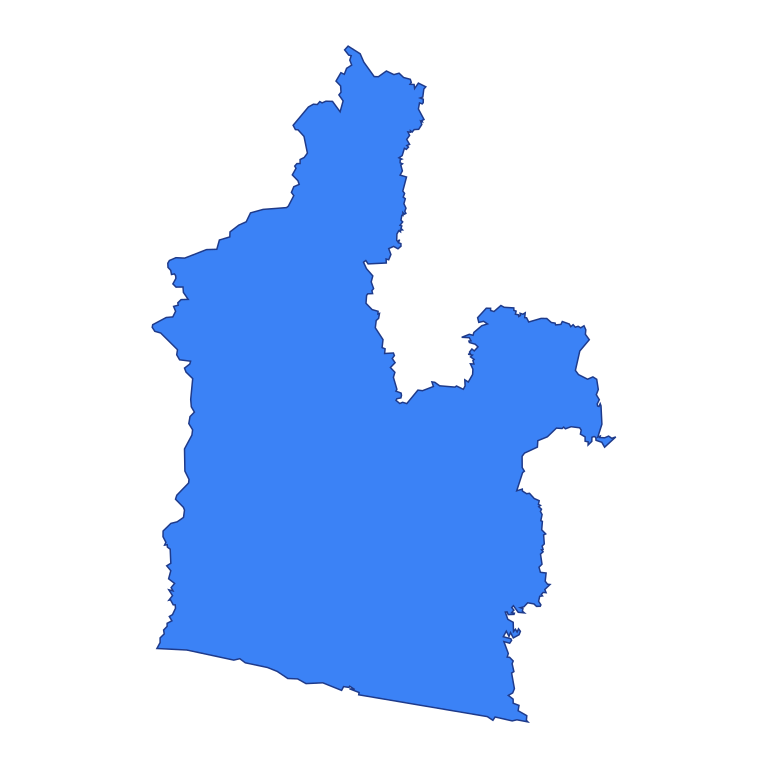 Tasikmalaya, Jawa Barat, Indonesia (Albers equal-area conic projection)
{"feature_id": "22746128B89217704079934", "entity_name": "Tasikmalaya", "entity_type": "district", "adm_level": 2, "iso_a3": "IDN", "parent_name": "Indonesia", "parent_adm1": "Jawa Barat", "projection": "albers", "projection_center": [108.182, -7.428], "detail": "fine", "context": "isolated", "style": "filled", "palette": "blue", "viewbox_px": 768, "rotation_deg": 0, "n_neighbors": 0, "source": "geoboundaries", "source_scale": "gbopen_adm2", "svg_char_len": 6100}
<svg xmlns="http://www.w3.org/2000/svg" viewBox="0 0 768 768"><path d="M504.2,307.3L500.9,305.5L494.0,311.5L490.6,310.5L490.6,308.3L486.3,308.2L477.6,317.7L478.8,322.4L483.6,321.3L487.5,323.9L481.8,325.7L473.9,332.4L473.0,335.3L469.3,334.3L461.7,337.3L469.3,337.7L471.0,340.8L468.9,341.1L469.4,342.5L475.2,344.2L478.0,346.9L474.2,350.9L471.9,349.0L469.5,352.1L470.3,353.6L468.1,354.2L472.4,355.1L470.5,356.9L474.1,359.4L472.9,360.5L473.9,364.0L470.4,363.8L472.9,369.2L472.6,374.5L468.3,382.0L464.8,379.8L465.1,385.9L463.3,389.3L456.5,386.0L454.9,387.1L439.6,385.8L434.8,382.3L431.9,381.9L433.4,386.5L422.5,390.7L417.9,390.1L406.8,403.6L402.6,402.3L399.8,403.5L396.0,400.4L396.9,398.7L400.9,397.9L401.5,395.4L401.1,393.1L395.9,391.1L396.9,389.3L393.4,377.3L394.9,372.3L390.4,367.5L395.1,362.7L392.2,358.5L394.4,355.6L393.4,353.0L384.6,353.5L385.1,348.8L382.1,347.6L383.0,339.6L375.3,327.8L376.2,320.5L378.6,318.4L379.5,313.4L377.9,314.0L378.1,311.3L372.1,309.6L366.0,303.3L366.6,295.4L367.8,293.8L372.6,293.6L371.9,290.6L373.6,288.6L371.2,281.9L372.8,275.9L366.5,268.7L363.5,262.2L365.8,260.5L368.1,263.9L386.3,263.0L386.1,259.0L388.7,259.8L390.9,254.5L388.7,248.6L393.6,246.4L398.0,248.8L401.0,246.2L400.9,243.6L398.4,242.7L399.6,239.7L397.7,241.5L396.7,240.3L396.9,234.0L398.8,230.7L400.5,231.8L400.3,230.1L402.5,229.9L401.0,228.4L401.8,226.0L400.0,225.3L402.7,221.9L401.0,220.2L401.8,215.4L403.0,215.6L402.9,212.6L404.3,214.2L405.9,213.4L404.8,211.2L406.0,208.2L403.9,203.7L405.3,198.7L403.2,197.1L404.6,193.4L402.8,191.1L406.5,177.0L400.1,175.1L402.4,170.9L400.8,165.1L402.5,163.8L400.1,162.8L400.2,159.8L401.9,159.1L398.9,157.8L402.2,155.6L404.4,148.3L406.3,149.4L408.5,147.1L406.8,145.5L409.6,144.4L406.7,139.4L409.6,135.4L407.9,131.9L410.4,132.2L410.4,130.7L412.1,132.1L414.2,129.6L418.7,129.3L421.8,124.5L420.6,121.0L422.4,121.8L421.9,120.5L424.0,119.5L418.4,109.0L419.5,102.9L422.2,103.9L423.2,102.7L423.3,99.2L420.1,98.0L422.8,97.0L423.8,89.1L425.8,86.8L418.4,83.1L414.6,88.5L414.1,84.5L410.0,84.3L411.3,82.4L410.3,79.3L403.6,77.5L399.1,73.2L393.9,74.6L386.4,71.0L378.4,76.7L374.2,76.6L363.8,62.1L360.2,53.8L348.1,46.1L344.6,49.9L348.7,55.1L351.2,55.7L349.8,60.1L351.7,65.1L346.6,68.3L344.3,74.3L340.9,72.7L336.0,81.1L340.6,85.9L341.0,92.2L338.9,94.9L343.1,100.9L340.1,111.8L332.5,101.4L325.9,101.2L322.1,102.9L319.8,101.6L317.3,104.5L313.4,104.2L308.4,107.0L293.1,125.3L295.4,129.6L298.0,129.8L304.0,136.4L307.4,153.1L304.2,157.5L300.1,159.5L300.1,163.5L296.9,163.6L294.7,166.1L296.0,168.3L292.3,174.9L297.9,180.7L299.2,184.4L293.8,186.7L291.4,192.4L293.8,195.6L288.3,206.2L286.5,207.6L263.1,209.4L250.5,212.9L246.2,221.8L238.8,225.1L230.0,231.9L229.8,236.9L219.4,240.0L216.8,249.3L206.5,249.6L184.7,258.1L175.9,257.7L169.4,260.5L167.8,263.2L168.0,267.4L170.7,270.3L171.5,274.5L174.4,273.9L175.6,275.6L175.9,278.4L172.9,283.9L176.0,287.1L183.0,287.0L183.4,292.4L188.2,299.4L181.1,299.6L177.8,302.8L178.2,305.2L173.6,306.4L175.6,311.3L172.8,316.9L166.2,317.5L152.7,324.7L152.2,327.3L154.8,331.3L160.7,333.0L177.5,349.7L176.7,354.8L179.6,359.8L190.6,361.2L189.8,364.0L184.5,368.1L186.0,372.1L192.7,378.6L190.7,399.4L191.3,406.8L194.4,412.1L190.0,416.6L188.8,423.6L192.6,429.8L191.9,435.1L184.5,448.9L184.9,471.1L189.0,479.4L188.6,483.0L176.8,495.2L175.5,499.2L183.4,507.3L184.5,510.1L183.5,517.4L177.2,521.8L170.9,523.4L163.1,531.0L163.0,536.7L165.9,542.3L164.6,545.1L167.2,544.7L167.4,547.1L170.2,549.2L170.8,563.3L166.7,565.8L170.8,570.7L168.6,578.8L174.6,583.4L171.1,587.6L173.0,590.9L168.8,589.8L172.5,595.6L168.9,600.2L170.5,599.9L173.2,604.8L175.2,604.9L175.5,608.3L172.5,614.6L169.3,616.5L171.9,620.8L167.1,623.3L167.1,626.4L163.6,630.0L164.2,633.9L160.1,637.9L160.1,642.6L156.9,648.5L186.7,650.0L233.8,660.1L239.8,658.7L245.3,662.8L267.5,667.5L277.2,671.4L287.8,678.5L297.6,678.9L306.0,683.6L322.8,682.8L341.6,690.4L343.6,686.6L349.0,687.4L349.7,686.2L354.7,689.5L349.5,688.8L359.1,692.5L358.7,694.8L487.3,716.6L492.9,720.3L495.1,717.0L512.2,720.9L516.9,719.8L527.9,721.9L526.4,720.3L526.8,715.7L518.1,710.7L519.0,705.4L513.2,703.2L513.1,699.1L508.3,695.4L512.7,692.9L514.4,688.7L511.6,673.0L513.9,671.6L512.1,663.7L513.2,661.0L509.6,657.3L507.2,657.1L508.3,653.5L503.9,641.6L509.7,643.2L511.6,640.4L510.9,638.8L503.3,636.7L506.3,631.2L509.0,636.4L510.5,632.6L513.3,637.9L519.1,634.7L520.4,631.3L518.5,628.8L517.1,632.0L515.4,629.2L513.5,631.5L513.2,622.3L507.8,619.3L505.3,612.1L507.1,611.9L508.2,614.6L514.0,614.4L514.4,613.2L511.6,612.7L513.9,610.1L511.7,607.6L513.4,605.7L518.2,612.3L524.4,612.9L522.4,611.2L522.9,608.6L520.4,607.7L523.9,606.8L527.7,602.8L533.9,603.9L536.5,606.4L540.2,606.3L540.9,604.9L538.6,601.3L539.7,596.3L542.5,595.9L541.3,594.4L543.2,592.4L546.1,592.7L544.8,589.5L550.0,584.5L547.5,584.2L545.2,581.2L546.1,573.0L540.4,572.3L539.0,567.2L542.0,564.2L540.5,554.1L543.1,551.8L541.5,549.8L543.1,549.5L542.1,546.1L544.3,543.9L543.6,534.9L545.7,533.9L541.7,529.8L542.4,521.4L540.8,520.7L542.1,514.5L540.4,511.5L541.5,509.2L538.7,506.7L540.5,505.4L538.4,504.4L539.2,500.7L534.2,498.5L529.5,493.3L526.6,493.7L522.4,491.0L522.3,489.1L516.7,490.8L522.6,472.6L524.4,471.2L522.2,467.6L522.1,456.3L524.5,453.1L537.4,447.1L537.8,440.7L547.4,436.8L556.4,428.1L562.1,428.5L563.7,427.1L565.4,428.8L571.1,426.7L579.7,427.8L581.2,430.1L580.4,434.1L585.1,436.9L585.1,441.2L588.2,441.9L588.1,445.0L591.8,441.4L591.9,437.3L594.1,436.5L595.8,437.4L596.0,440.3L601.8,442.3L604.6,447.2L615.8,436.9L611.8,438.3L608.6,436.1L604.6,437.8L599.8,437.5L600.2,436.1L597.8,437.1L601.9,424.2L601.0,405.8L600.2,403.7L599.0,406.5L597.6,406.0L597.2,403.9L599.3,399.7L596.3,394.7L598.3,389.5L596.7,379.3L592.9,376.9L587.6,379.2L578.5,374.6L575.4,370.4L579.8,351.0L589.3,339.7L585.4,334.3L585.8,329.8L584.0,325.8L580.7,327.8L578.1,326.3L575.3,327.2L573.1,324.7L570.8,326.7L569.3,324.0L562.3,321.5L560.9,324.4L555.6,324.9L555.1,323.1L551.3,322.5L546.8,318.5L541.1,318.4L528.7,322.0L526.6,317.8L524.7,317.6L525.2,312.8L522.9,314.2L520.1,313.3L520.4,315.5L518.8,316.5L518.5,314.8L515.4,314.2L516.1,311.1L513.9,310.4L513.8,307.9L504.2,307.3Z" fill="#3b82f6" stroke="#1e3a8a" stroke-width="1.5"/></svg>